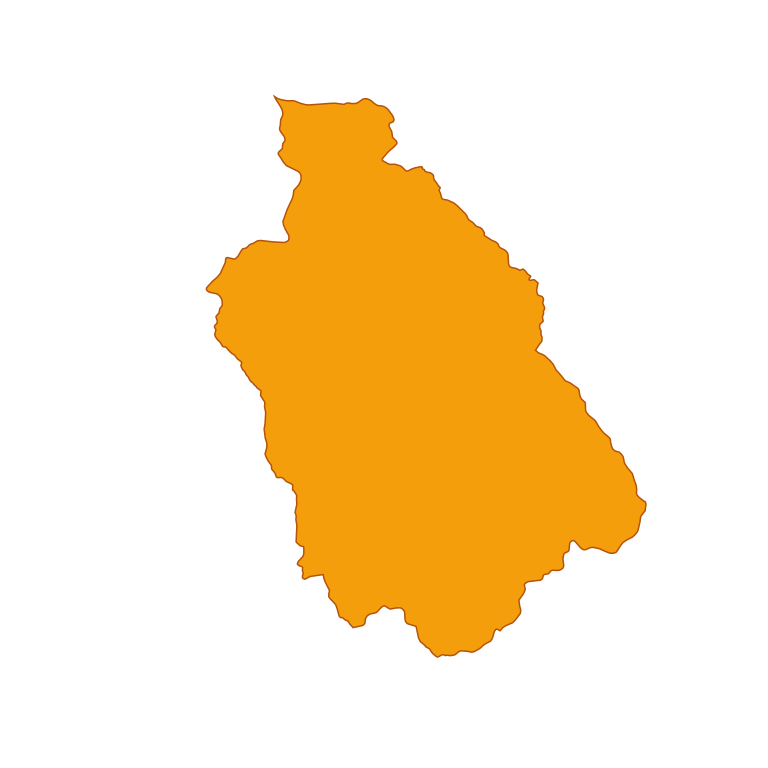 Ban Luang, Nan, Thailand (Robinson projection), rotated 316°
{"feature_id": "78962969B2609342993216", "entity_name": "Ban Luang", "entity_type": "district", "adm_level": 2, "iso_a3": "THA", "parent_name": "Thailand", "parent_adm1": "Nan", "projection": "robinson", "projection_center": [100.45, 18.857], "detail": "fine", "context": "isolated", "style": "filled", "palette": "amber", "viewbox_px": 768, "rotation_deg": 316, "n_neighbors": 0, "source": "geoboundaries", "source_scale": "gbopen_adm2", "svg_char_len": 6171}
<svg xmlns="http://www.w3.org/2000/svg" viewBox="0 0 768 768"><g transform="rotate(316 384 384)"><path d="M490.1,650.5L489.2,646.6L488.7,642.0L489.0,639.1L489.8,637.9L492.3,635.6L495.0,632.1L497.1,627.4L500.4,620.9L500.9,613.5L501.8,608.8L502.4,607.3L505.2,603.0L505.7,601.7L506.0,599.0L505.9,596.6L503.6,592.4L503.4,589.6L504.3,587.1L506.1,584.0L508.3,581.0L508.7,580.0L508.6,576.8L508.1,572.1L508.2,568.9L508.9,563.7L510.5,557.2L509.5,548.6L510.0,544.5L511.0,542.7L515.9,537.2L515.6,531.9L516.2,529.8L517.6,527.2L519.8,524.3L520.5,522.1L518.6,512.3L516.6,507.6L517.4,499.0L517.6,493.3L519.4,487.3L519.7,482.8L519.2,475.1L518.4,472.5L516.8,469.1L516.4,465.0L523.3,463.4L526.7,463.0L527.6,462.6L530.2,460.1L531.3,457.4L533.4,455.4L534.3,453.9L534.9,452.0L536.2,450.4L537.7,449.4L542.1,449.4L544.7,445.6L547.4,444.5L549.2,442.5L552.0,441.3L552.7,440.3L554.3,436.1L557.4,434.1L558.2,432.9L558.4,430.8L556.6,427.1L556.9,425.6L558.6,422.9L561.2,420.8L565.0,418.4L564.6,413.7L564.2,413.1L561.0,410.8L560.7,410.0L561.0,409.3L563.9,408.6L564.4,408.3L563.7,404.7L564.2,400.2L564.0,398.2L563.1,397.5L560.8,396.7L559.3,392.6L556.7,388.9L556.1,387.0L556.3,385.6L556.9,384.3L563.0,377.2L563.8,375.8L564.1,373.3L563.9,371.4L562.2,366.6L562.4,364.6L563.3,362.6L563.1,359.5L561.4,355.6L559.3,346.9L561.3,344.8L562.2,340.7L561.8,338.4L560.0,334.8L560.0,329.2L559.1,325.2L559.3,323.2L560.3,320.9L560.8,318.4L560.5,306.5L560.0,302.4L557.5,295.9L554.8,292.2L554.6,291.1L554.8,290.1L557.1,286.0L558.1,283.0L560.7,281.9L560.9,281.5L560.8,279.0L561.5,276.0L561.9,271.7L564.4,268.4L564.6,267.2L564.5,265.9L563.8,263.7L562.4,262.0L561.3,259.6L561.9,257.8L561.1,256.1L562.1,254.8L562.0,253.9L560.8,252.8L556.2,249.9L552.8,248.4L549.5,247.5L548.3,246.7L547.8,245.6L547.7,240.4L547.3,238.4L544.5,233.5L541.2,230.5L540.2,229.1L538.1,222.2L539.1,220.9L541.0,220.6L546.9,220.0L551.3,220.0L554.7,220.3L559.8,220.1L560.5,219.8L561.0,219.3L561.6,217.6L561.5,212.6L564.9,207.8L566.5,202.6L567.2,201.4L569.1,200.3L572.9,201.8L574.7,201.0L576.1,198.4L576.7,196.3L577.6,189.6L577.4,186.8L576.6,184.2L575.5,182.4L572.9,179.3L572.0,176.1L571.6,171.8L571.1,169.5L569.9,167.1L568.7,165.7L566.7,164.4L560.3,163.4L558.4,162.4L555.4,159.7L554.0,157.5L552.9,156.5L552.0,155.9L549.4,155.0L544.3,148.5L541.1,145.5L523.6,130.9L521.5,128.4L518.6,123.5L516.6,118.9L515.4,117.0L511.3,113.3L507.8,108.5L505.9,105.1L504.9,101.2L503.9,104.3L502.4,111.9L501.1,116.3L499.0,119.3L496.8,120.8L493.4,122.0L488.8,126.1L486.5,127.5L485.3,129.3L484.8,131.3L484.1,136.8L483.0,139.0L481.9,140.1L478.1,140.8L474.4,144.0L469.4,144.0L468.1,144.6L467.7,145.1L465.8,154.4L465.5,159.1L470.0,171.6L470.0,174.1L469.1,176.4L466.6,179.1L464.5,180.3L460.5,181.6L453.6,182.1L449.4,185.5L446.4,187.1L435.6,191.2L424.2,196.9L422.2,199.7L420.5,204.2L418.6,211.4L415.8,214.0L414.9,214.3L413.0,214.0L410.5,212.9L403.2,205.0L394.9,195.0L392.4,193.1L387.8,192.0L384.5,190.5L379.4,190.5L376.3,188.6L374.4,188.8L367.6,190.7L364.2,190.7L362.8,189.9L359.2,184.2L358.1,183.7L357.1,184.0L354.2,186.4L343.2,190.7L338.8,191.3L332.3,191.0L324.9,191.4L323.3,191.6L322.3,192.2L321.8,192.9L321.6,194.4L322.1,196.6L326.3,202.8L326.7,204.1L326.9,205.5L326.7,208.6L325.3,211.8L322.5,214.8L321.7,215.2L318.3,215.7L314.7,218.2L310.8,218.6L309.7,219.0L307.9,222.9L305.9,224.3L303.0,224.4L302.1,224.8L301.5,225.5L300.8,228.2L296.7,230.8L295.8,232.1L295.4,233.7L295.0,236.2L295.2,239.7L294.1,244.7L294.3,245.6L295.6,247.2L295.9,248.1L295.6,252.8L295.7,255.7L296.6,259.6L296.0,263.9L296.7,268.8L296.4,269.9L294.0,271.2L293.2,272.7L292.3,275.5L292.4,278.3L291.2,282.2L291.3,284.4L290.1,288.1L290.0,289.9L290.4,292.4L290.0,294.6L290.3,296.4L290.0,298.9L290.7,302.9L290.6,303.7L287.2,306.5L285.8,313.5L285.0,315.0L282.5,317.1L279.0,322.4L270.9,329.9L266.5,333.1L260.9,340.6L259.2,344.1L258.1,345.8L255.2,348.5L249.8,351.7L248.1,355.7L247.1,359.3L246.5,364.2L244.1,367.1L243.8,371.1L243.5,372.9L242.0,376.0L242.3,377.4L244.9,379.6L245.6,380.7L246.0,382.1L246.0,386.2L248.3,392.4L247.6,393.9L244.6,396.7L244.9,398.5L244.0,402.9L243.4,403.9L241.1,406.0L237.8,409.9L230.7,414.7L229.4,417.7L226.3,420.5L223.1,425.2L211.2,436.4L211.0,437.3L211.3,442.0L213.2,445.1L211.7,447.0L208.6,450.2L206.6,451.4L205.3,451.8L200.1,452.0L198.3,452.4L197.0,453.0L196.6,453.6L196.5,455.2L198.0,458.2L198.0,459.6L195.9,461.2L194.6,463.9L192.5,465.1L191.1,466.3L190.7,467.8L191.5,469.5L197.1,471.1L207.8,478.8L205.5,482.6L204.4,485.0L201.5,494.2L201.1,494.9L198.9,496.3L196.7,498.4L196.3,499.5L196.1,501.6L196.1,507.7L195.8,509.6L193.9,513.7L190.6,519.6L190.4,521.6L192.0,523.7L192.0,526.1L193.4,529.8L192.7,532.6L192.5,537.8L200.8,542.8L201.7,543.1L203.9,542.9L207.9,539.8L211.1,539.1L214.2,539.8L218.2,542.3L220.4,543.2L226.7,542.8L228.8,543.1L230.2,543.9L230.6,544.6L231.7,549.4L232.3,550.4L237.0,553.4L240.2,556.3L240.7,557.5L241.0,559.1L240.7,562.0L235.9,567.6L234.5,569.9L234.4,570.9L234.3,572.1L234.6,573.2L238.2,579.6L238.6,580.8L232.4,590.7L231.2,594.4L231.8,600.0L231.5,602.0L232.8,606.3L232.0,609.5L231.8,611.9L232.3,616.2L232.6,617.1L233.3,617.9L238.1,619.3L238.7,620.1L239.5,622.0L241.3,623.1L242.6,625.1L244.8,626.8L247.0,628.1L251.8,628.5L254.0,629.4L258.7,634.7L260.5,637.5L261.3,638.2L263.2,639.2L267.1,640.3L270.0,640.9L273.7,640.9L276.4,641.3L281.8,642.9L284.0,642.6L285.9,641.9L291.2,638.8L293.9,638.2L294.6,638.4L295.2,639.2L296.1,642.2L299.5,641.8L301.7,642.0L304.7,642.8L310.7,645.1L314.6,645.0L322.3,643.8L323.7,643.1L325.9,640.8L326.9,638.7L330.5,633.6L331.5,633.1L338.3,631.8L341.8,630.5L343.2,629.6L345.5,625.8L346.9,625.5L349.5,626.0L350.8,626.6L360.4,633.9L362.7,634.1L365.8,632.3L366.8,632.3L370.5,634.7L374.5,634.4L376.2,635.3L378.7,638.1L380.7,639.7L382.3,640.4L384.7,640.7L386.5,640.0L387.6,638.9L391.0,634.3L394.4,631.7L396.3,631.1L399.9,632.3L401.4,632.2L407.0,627.5L409.2,627.1L410.4,627.4L411.4,628.1L412.1,629.7L411.6,638.5L412.2,641.3L412.7,642.2L414.5,643.5L418.4,644.8L420.8,646.6L424.3,651.7L428.1,660.9L429.3,663.0L431.6,665.2L433.8,666.2L434.7,666.3L442.2,664.5L445.7,664.1L449.7,664.7L456.5,666.7L460.0,666.8L463.5,666.3L465.8,665.3L472.3,661.0L476.7,657.6L483.8,656.5L488.9,652.5L490.1,650.5Z" fill="#f59e0b" stroke="#b45309" stroke-width="1.5"/></g></svg>